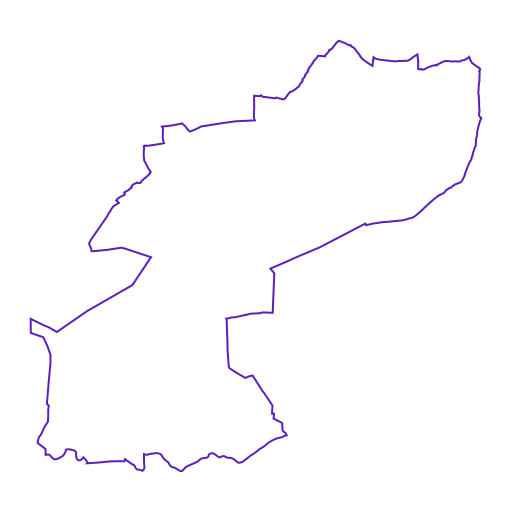 Remetea Mare, Timis, Romania (Robinson projection)
{"feature_id": "2599482B75207648796905", "entity_name": "Remetea Mare", "entity_type": "district", "adm_level": 2, "iso_a3": "ROU", "parent_name": "Romania", "parent_adm1": "Timis", "projection": "robinson", "projection_center": [21.43, 45.83], "detail": "fine", "context": "isolated", "style": "outline", "palette": "violet", "viewbox_px": 512, "rotation_deg": 0, "n_neighbors": 0, "source": "geoboundaries", "source_scale": "gbopen_adm2", "svg_char_len": 5884}
<svg xmlns="http://www.w3.org/2000/svg" viewBox="0 0 512 512"><path d="M286.7,435.3L285.8,433.4L282.6,430.7L282.2,423.6L281.9,423.0L281.6,422.6L273.6,418.6L274.0,413.7L272.0,413.6L272.5,405.7L272.3,405.3L264.4,393.4L262.9,391.6L252.6,375.5L248.9,376.4L245.3,377.9L236.9,373.0L229.6,368.3L229.1,367.6L228.9,367.0L228.7,365.4L227.6,350.2L227.5,347.3L227.5,344.2L226.6,319.2L226.2,318.6L229.6,318.1L231.8,317.3L234.4,317.4L251.8,313.5L252.8,313.6L260.2,313.2L262.6,312.4L272.7,312.8L274.3,273.3L270.4,268.6L270.6,268.5L287.6,261.2L297.3,256.8L319.8,247.3L365.2,223.6L365.5,223.6L366.0,225.1L369.8,224.4L372.8,223.6L383.3,222.1L386.9,221.9L403.0,220.3L412.5,217.6L414.8,216.3L418.9,212.9L432.2,200.6L436.4,197.2L438.5,195.8L439.4,195.0L440.2,195.0L442.4,193.5L443.9,193.0L445.9,190.4L449.6,187.9L451.0,187.6L452.1,186.5L454.1,185.1L454.4,184.7L460.7,182.3L461.2,181.8L462.0,180.7L463.7,177.6L464.5,175.9L465.1,173.4L469.0,163.4L470.5,160.9L471.4,159.1L471.9,156.9L472.9,154.2L473.0,152.5L473.8,150.9L474.7,147.6L475.8,145.7L476.0,139.0L476.8,136.6L477.2,133.7L477.2,131.5L479.4,122.9L481.3,117.9L480.0,117.1L479.1,115.6L479.1,113.9L479.5,110.5L479.0,104.3L479.2,100.7L478.8,100.1L479.1,99.1L478.8,97.9L478.8,95.4L478.6,94.4L478.3,93.7L478.8,84.6L479.4,81.2L479.5,78.6L479.3,76.6L479.6,76.1L479.5,74.2L479.7,72.6L479.6,71.8L479.2,71.4L480.3,69.3L479.9,68.7L479.4,68.5L479.2,68.2L479.1,67.8L478.8,67.6L476.7,66.4L472.3,63.2L471.5,62.1L470.5,60.1L470.2,59.9L469.6,57.5L469.1,56.9L468.8,57.5L464.7,59.9L463.9,60.2L462.0,60.3L461.0,60.9L459.7,61.5L458.9,61.6L454.8,61.3L452.1,61.5L447.2,61.0L444.5,61.2L442.0,62.2L440.0,63.3L437.9,64.2L437.3,65.1L436.8,65.0L436.1,65.5L435.5,65.0L432.2,65.8L431.1,66.4L429.1,66.8L425.6,68.7L424.9,68.8L423.9,69.5L422.8,69.7L422.0,69.5L420.9,68.8L420.4,69.3L419.8,69.4L418.2,69.1L418.1,62.1L418.3,62.1L417.4,54.4L413.1,57.1L409.9,59.6L408.0,60.5L406.8,60.8L400.9,61.0L397.6,61.0L395.7,61.4L390.0,61.0L387.5,60.4L385.4,60.4L378.5,59.4L375.6,58.7L374.7,58.2L373.6,57.2L373.1,59.9L373.2,60.2L372.5,65.9L367.3,62.6L362.3,58.9L361.4,58.0L361.5,57.7L359.9,55.9L360.0,55.5L359.4,54.7L356.4,51.0L355.3,49.3L353.5,47.5L351.3,46.4L351.0,45.5L350.2,45.0L348.9,45.3L348.6,45.0L348.1,44.9L345.3,43.2L341.7,41.9L340.7,41.3L339.7,41.2L338.9,40.8L338.1,41.2L336.2,43.1L333.7,46.4L333.3,46.6L332.1,48.6L330.7,49.2L330.0,49.8L329.3,50.0L329.5,50.6L329.0,50.9L328.1,52.4L325.7,54.8L324.9,56.5L323.4,56.1L318.0,55.8L317.8,56.4L317.0,57.5L316.2,58.3L313.4,61.6L312.9,63.0L311.6,64.4L311.2,65.5L310.5,66.0L308.9,68.2L308.7,69.3L307.7,70.3L308.0,71.7L307.1,72.4L305.9,74.1L305.5,74.3L305.5,74.8L305.0,75.4L305.2,75.9L303.7,78.2L302.5,79.1L302.4,79.4L302.3,80.6L302.6,80.7L302.6,81.0L301.6,82.5L301.1,82.7L300.4,83.7L299.1,86.2L295.3,89.3L292.1,91.4L289.9,92.0L288.9,93.5L287.9,94.5L286.1,97.2L284.3,99.1L282.8,99.3L276.1,97.6L275.8,97.6L275.3,98.2L274.6,98.3L265.1,97.0L263.6,97.0L262.5,96.6L261.4,95.5L260.9,95.3L260.5,96.0L260.0,96.2L254.1,95.8L254.2,108.5L253.9,111.6L253.9,117.5L254.8,120.4L235.4,121.3L223.1,123.0L200.6,126.6L199.3,127.5L196.0,129.1L191.1,131.2L190.0,131.6L188.9,130.7L187.2,128.9L185.4,126.4L181.9,123.3L181.0,123.7L174.8,124.9L168.9,125.9L161.9,126.6L162.6,127.7L163.0,128.8L162.7,137.5L162.8,138.9L164.0,143.1L162.3,143.6L149.4,145.6L145.4,145.9L145.4,145.6L144.2,145.7L143.7,146.2L143.8,147.6L144.1,148.5L144.0,149.8L143.8,150.9L143.7,154.9L144.1,159.9L144.5,161.1L148.7,169.0L149.7,170.4L150.1,171.1L150.7,171.8L150.6,172.1L149.9,172.7L149.8,173.0L150.0,173.5L149.1,174.2L147.9,175.7L146.6,176.6L145.7,177.7L144.6,178.1L144.1,178.8L142.0,180.6L141.3,181.4L140.5,182.8L139.1,183.2L136.7,182.6L136.2,183.1L134.5,183.7L132.3,185.2L131.8,186.5L131.3,186.9L131.6,187.6L131.4,187.9L130.5,188.3L129.6,189.2L129.0,189.5L128.7,190.0L127.1,190.9L126.2,191.2L125.6,191.8L124.3,192.4L124.4,192.5L124.4,193.2L124.9,194.1L124.8,194.4L124.4,195.0L123.2,195.4L122.1,196.2L121.3,196.3L120.3,196.9L117.4,198.9L116.2,200.5L117.5,201.4L118.9,202.9L113.9,206.0L113.1,206.8L111.8,208.5L109.9,211.7L108.6,213.4L107.6,215.7L91.8,238.5L90.4,240.7L89.2,243.1L89.2,244.4L90.7,247.3L91.4,250.1L91.3,250.7L92.2,251.3L107.6,249.8L121.4,247.7L125.0,248.6L151.0,257.2L133.0,284.2L132.8,284.1L132.5,285.0L87.4,310.9L56.9,332.0L48.4,327.1L44.4,325.6L30.7,318.9L30.8,333.0L43.3,337.2L47.3,345.8L50.4,354.4L50.5,354.5L50.4,363.9L48.6,382.9L46.9,404.0L48.2,405.0L48.5,405.4L48.8,406.1L48.2,409.6L48.2,418.4L47.9,419.3L48.1,421.3L44.6,426.9L40.5,435.5L39.4,436.4L38.8,437.4L37.6,442.6L37.7,442.9L38.3,443.5L45.4,448.9L45.6,451.4L45.6,454.8L48.4,454.5L49.3,454.7L50.9,456.2L51.6,457.2L53.7,459.0L54.7,459.4L56.9,459.0L59.1,458.1L62.6,456.0L63.5,455.2L65.5,451.9L65.8,450.0L66.2,449.5L67.5,449.3L70.0,449.4L74.2,450.5L75.3,451.2L75.9,452.0L76.1,453.0L76.1,456.0L76.3,457.2L76.7,458.5L77.3,459.4L78.4,460.2L79.3,460.4L81.1,459.8L82.7,458.4L83.4,457.4L84.9,458.7L87.6,462.5L87.0,463.3L99.0,462.5L109.8,461.4L119.2,461.2L124.5,461.3L125.0,459.2L133.0,464.8L133.6,464.7L135.0,466.4L135.1,467.0L135.8,468.2L137.1,469.4L140.8,470.1L142.0,470.7L142.5,470.8L143.6,469.7L144.4,468.0L144.0,461.1L144.0,454.1L146.0,454.7L147.3,454.8L149.8,453.9L156.7,453.1L157.7,453.2L160.3,454.0L161.1,454.6L164.1,459.0L168.1,462.3L169.0,463.4L169.2,464.0L170.5,466.0L171.0,466.4L172.0,467.0L175.1,467.9L179.0,470.4L180.3,471.0L181.3,471.2L182.2,471.0L184.9,468.0L186.0,467.1L187.2,466.3L194.1,463.2L195.1,462.8L197.3,461.7L199.1,460.3L200.0,459.4L201.5,458.6L202.8,458.2L206.6,457.7L207.6,457.2L208.2,456.7L209.0,454.5L209.8,453.8L211.7,453.2L213.2,453.4L215.1,454.4L218.5,457.1L219.5,457.4L221.7,456.5L223.9,456.0L226.8,457.5L228.1,457.8L230.2,457.8L231.5,458.0L234.1,459.4L238.1,462.6L238.7,462.8L241.2,462.4L242.8,461.7L251.0,455.3L253.4,453.9L256.8,451.4L259.7,449.0L263.0,447.1L265.4,445.4L267.6,443.3L271.7,440.7L276.8,438.4L282.0,437.2L284.0,436.0L286.7,435.3Z" fill="none" stroke="#5b21b6" stroke-width="2"/></svg>